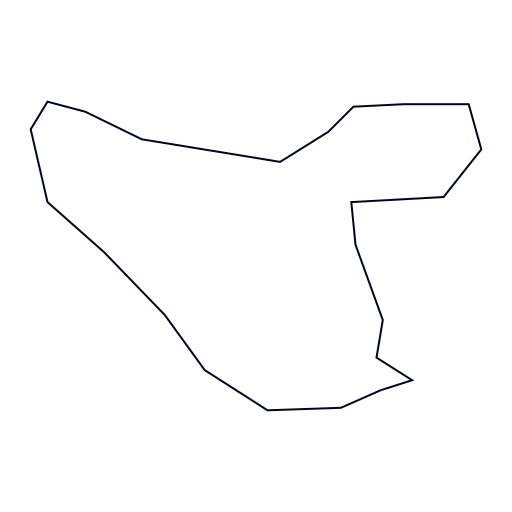 the state/province of Three Kings Islands
{"feature_id": "NZL-5476", "entity_name": "Three Kings Islands", "entity_type": "state/province", "adm_level": 1, "iso_a3": "NZL", "parent_name": "New Zealand", "parent_adm1": "", "projection": "robinson", "projection_center": [172.139, -34.157], "detail": "fine", "context": "isolated", "style": "outline", "palette": "ink", "viewbox_px": 512, "rotation_deg": 0, "n_neighbors": 0, "source": "natural_earth", "source_scale": "10m", "svg_char_len": 411}
<svg xmlns="http://www.w3.org/2000/svg" viewBox="0 0 512 512"><path d="M353.4,106.7L403.7,104.2L468.7,104.2L481.3,149.4L443.6,197.0L351.3,202.1L355.5,244.7L382.8,320.0L376.5,357.6L412.1,380.2L380.7,390.2L340.9,407.8L267.5,410.3L204.7,370.1L164.8,315.0L104.1,252.2L47.5,202.1L30.7,129.3L47.5,101.7L85.2,111.7L141.8,139.3L280.1,161.9L328.3,131.8L353.4,106.7Z" fill="none" stroke="#020617" stroke-width="2"/></svg>